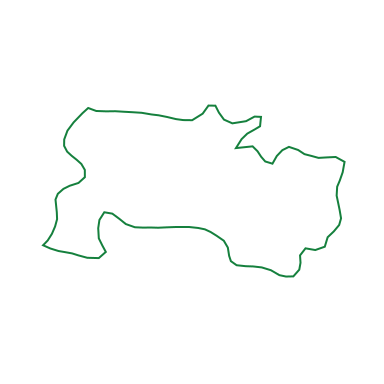 Fama, Minas Gerais, Brazil, rotated 261°
{"feature_id": "56859067B48814730172569", "entity_name": "Fama", "entity_type": "district", "adm_level": 2, "iso_a3": "BRA", "parent_name": "Brazil", "parent_adm1": "Minas Gerais", "projection": "natural_earth1", "projection_center": [-45.815, -21.463], "detail": "fine", "context": "isolated", "style": "outline", "palette": "green", "viewbox_px": 384, "rotation_deg": 261, "n_neighbors": 0, "source": "geoboundaries", "source_scale": "gbopen_adm2", "svg_char_len": 1556}
<svg xmlns="http://www.w3.org/2000/svg" viewBox="0 0 384 384"><g transform="rotate(261 192 192)"><path d="M117.2,314.6L126.1,318.9L130.9,325.9L136.4,332.2L142.7,335.1L151.1,335.0L165.8,334.3L174.5,336.2L180.1,339.7L187.9,343.9L197.9,347.4L204.1,339.4L205.0,331.3L205.9,322.3L208.9,315.7L211.8,309.0L216.9,303.4L221.4,294.8L219.2,287.8L214.3,281.4L207.4,275.9L210.7,269.1L216.0,265.8L222.0,263.1L227.6,259.0L228.5,242.3L236.5,249.3L241.0,255.7L243.6,262.7L246.3,269.5L255.4,271.9L256.7,265.6L253.5,256.5L253.5,242.6L258.5,234.9L266.2,231.0L273.6,228.6L274.8,221.8L267.7,214.8L262.9,203.4L264.4,194.6L266.5,187.6L270.0,179.1L273.0,171.0L274.9,164.2L278.1,154.7L280.2,145.3L281.9,137.4L283.8,128.8L285.1,119.8L287.0,110.1L291.2,102.6L287.0,96.2L279.3,86.0L272.1,78.6L263.9,74.0L257.6,72.9L251.4,75.0L246.6,78.8L241.9,83.1L237.0,87.1L230.6,89.6L223.4,88.5L218.7,81.3L217.3,72.2L215.2,65.5L211.2,59.2L205.9,56.0L193.2,55.3L186.3,54.5L179.4,51.4L172.6,47.1L166.7,41.9L162.7,36.6L158.4,43.2L154.6,50.9L152.5,57.1L150.1,64.0L147.2,69.8L143.4,78.3L141.3,89.6L146.3,97.5L153.1,95.1L160.8,92.7L170.9,93.7L178.9,96.2L185.7,102.2L183.1,109.9L176.9,116.0L170.7,121.6L166.1,130.1L164.4,138.5L163.5,145.0L162.0,153.0L161.1,161.1L159.9,171.0L157.9,183.6L155.5,192.5L153.1,198.9L149.6,204.1L144.9,209.5L138.9,215.8L131.5,218.7L123.1,218.7L117.6,219.6L112.7,224.6L110.3,233.5L108.9,240.8L106.6,249.1L102.4,257.7L96.2,265.3L93.8,271.6L92.8,278.9L98.5,285.8L105.1,288.1L112.5,288.8L118.6,295.3L115.4,304.7L117.2,314.6Z" fill="none" stroke="#15803d" stroke-width="2"/></g></svg>